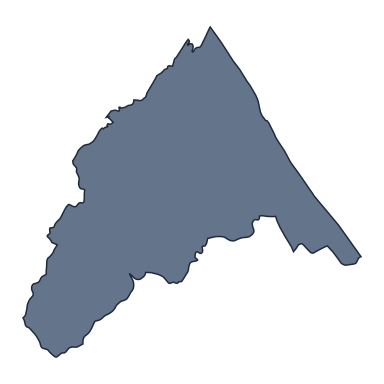 outline of Dong Hoi, Quảng Bình, Vietnam
{"feature_id": "81297802B5400707592531", "entity_name": "Dong Hoi", "entity_type": "district", "adm_level": 2, "iso_a3": "VNM", "parent_name": "Vietnam", "parent_adm1": "Quảng Bình", "projection": "robinson", "projection_center": [106.568, 17.448], "detail": "fine", "context": "isolated", "style": "filled", "palette": "slate", "viewbox_px": 384, "rotation_deg": 0, "n_neighbors": 0, "source": "geoboundaries", "source_scale": "gbopen_adm2", "svg_char_len": 5890}
<svg xmlns="http://www.w3.org/2000/svg" viewBox="0 0 384 384"><path d="M23.0,317.8L24.2,320.3L24.7,322.0L25.2,324.4L25.7,325.8L26.5,326.7L28.3,327.4L29.7,328.4L35.2,334.5L37.5,337.9L38.5,339.7L39.5,341.7L40.2,343.5L40.5,345.0L40.9,346.2L41.5,347.3L42.5,348.1L43.5,348.5L46.7,349.3L48.0,350.1L50.3,352.8L53.1,355.3L54.7,356.6L55.6,357.0L56.5,357.0L57.6,356.4L59.7,354.6L61.3,353.3L62.3,352.8L63.1,353.0L64.2,352.9L65.9,351.9L67.9,349.3L69.4,347.8L71.2,347.2L72.8,347.0L76.9,347.1L78.7,346.2L82.9,344.0L82.9,341.9L83.0,339.9L83.7,337.8L84.7,336.2L85.8,335.5L88.3,333.3L89.9,331.3L91.4,328.7L92.7,325.9L93.6,323.8L94.3,322.4L95.1,321.2L99.6,320.0L101.7,318.6L104.3,316.2L105.6,315.3L108.6,313.9L111.6,311.9L113.1,310.6L115.0,308.1L116.0,306.1L116.6,305.1L119.5,302.5L121.2,301.2L123.5,300.6L125.6,299.7L127.1,298.6L129.0,295.6L130.6,292.5L131.9,291.0L133.1,288.9L133.7,286.5L133.7,283.7L133.3,281.6L132.1,278.9L129.2,273.4L132.0,275.8L134.6,278.4L136.0,279.1L137.2,279.4L138.7,279.5L140.3,279.1L141.8,278.1L143.4,276.8L144.5,275.7L145.0,274.6L145.5,273.1L145.6,272.5L146.2,272.4L151.7,272.7L153.0,273.1L155.5,273.7L158.5,274.5L161.2,275.7L163.4,277.0L166.2,280.2L167.5,281.8L168.5,282.9L169.0,283.3L169.6,283.4L170.5,283.2L173.2,282.2L173.8,282.2L174.9,282.8L175.9,283.1L177.4,283.2L177.9,282.9L179.0,281.7L180.5,281.7L181.5,281.5L182.0,281.1L183.2,279.1L184.6,277.0L185.0,276.2L185.7,275.2L186.4,274.0L187.0,273.2L187.3,272.7L188.2,270.7L188.5,269.2L188.6,268.0L188.9,266.4L189.4,264.5L189.9,263.4L190.5,262.7L191.4,262.0L192.6,261.6L194.3,261.3L195.7,261.1L196.9,260.6L197.6,260.2L197.5,259.6L196.6,258.8L195.2,257.7L195.0,257.1L195.1,255.2L195.4,253.5L195.9,252.4L196.5,251.8L197.2,251.8L197.7,252.0L198.7,252.6L199.9,253.3L201.0,253.4L201.3,253.3L201.7,252.8L202.2,252.3L202.5,251.7L202.7,250.5L202.2,247.4L202.2,246.9L202.3,246.5L202.6,246.2L203.5,246.2L204.7,246.0L205.3,245.6L205.9,244.7L206.4,243.8L206.8,242.6L207.4,239.7L207.7,238.5L212.4,237.3L215.8,236.6L218.8,236.5L221.6,236.6L223.5,236.9L225.4,237.7L227.3,239.0L229.5,240.2L231.2,240.7L232.9,240.9L234.2,240.8L235.5,240.3L239.7,238.4L242.3,237.7L246.5,237.3L249.3,236.7L251.6,235.0L253.0,233.5L253.6,232.5L253.9,231.3L253.9,230.3L253.5,228.9L252.7,226.7L252.4,225.0L252.3,223.2L252.7,222.0L253.3,220.9L254.2,220.0L255.1,219.6L255.9,219.6L257.8,220.0L258.3,219.8L258.9,219.3L259.3,218.5L259.4,217.4L259.5,216.0L262.1,215.7L266.7,216.3L269.3,216.5L272.6,216.6L275.7,216.4L277.0,220.8L279.8,227.0L284.9,236.1L291.4,246.8L293.5,251.7L296.2,248.4L298.0,245.5L299.0,244.5L300.1,244.0L301.6,243.8L302.3,243.9L303.9,245.4L308.2,250.1L310.4,252.3L311.6,252.9L312.6,253.1L313.5,253.0L316.7,251.1L323.6,247.5L327.3,245.9L333.1,252.2L337.5,258.0L341.0,263.0L342.2,263.9L343.8,264.8L345.7,265.2L353.9,264.0L355.6,263.4L356.4,262.5L358.0,259.3L358.7,258.1L360.0,257.1L361.0,256.7L338.5,225.1L313.8,195.6L313.2,194.4L311.1,191.4L309.3,188.9L307.4,186.0L305.1,182.7L302.3,178.6L300.4,175.9L298.5,173.2L291.0,162.9L290.1,161.4L288.1,157.6L284.3,150.6L279.4,143.3L276.8,139.3L275.7,137.3L274.0,133.3L272.1,129.6L268.8,123.0L267.4,121.1L266.8,120.6L266.3,120.6L265.7,120.6L261.8,115.4L260.3,111.6L258.9,104.9L258.2,101.4L257.5,99.3L255.7,95.2L249.9,85.2L247.1,81.5L239.9,69.8L233.2,61.0L222.2,43.9L219.9,40.5L210.2,27.0L209.4,28.4L204.6,38.7L202.6,42.7L202.3,43.5L201.5,44.8L201.4,45.1L201.0,46.0L199.9,47.1L198.9,47.4L197.7,47.4L196.0,48.0L194.9,48.9L193.9,50.8L193.2,51.7L192.8,52.0L192.3,51.8L192.1,51.4L192.2,50.6L192.7,49.3L193.2,46.8L193.0,45.8L192.4,44.2L191.7,43.9L190.6,43.7L189.7,43.7L189.2,44.1L188.5,45.1L187.7,45.2L187.4,44.6L187.7,44.0L189.1,42.4L189.4,41.6L189.3,41.0L189.0,40.4L188.2,39.4L187.2,40.6L185.2,43.4L182.2,48.3L176.6,56.9L174.7,58.9L174.1,60.3L174.0,61.0L172.5,66.3L170.4,65.9L168.9,65.8L168.1,66.1L167.7,66.6L167.4,68.3L166.8,68.7L165.6,69.1L164.6,69.5L162.4,71.9L161.1,73.1L156.9,75.6L156.3,76.9L153.7,81.6L146.9,93.1L146.3,95.4L145.6,97.1L144.1,98.2L142.4,99.8L141.0,100.5L139.5,100.6L137.6,100.2L135.8,100.1L133.9,99.9L133.5,102.7L132.2,104.5L130.5,105.2L129.1,105.3L128.4,105.5L127.4,105.9L126.6,106.5L124.7,107.4L120.4,108.2L120.0,107.1L119.0,107.3L119.0,108.3L119.3,109.3L119.4,110.5L119.0,111.1L117.5,111.0L116.4,110.4L114.7,110.2L111.1,111.0L106.2,117.4L109.0,116.8L108.8,118.1L109.6,118.6L113.1,122.3L112.3,123.1L111.5,123.6L110.7,124.1L110.3,124.2L109.3,124.2L108.3,123.7L107.8,123.8L107.4,124.4L107.0,125.6L107.6,126.1L107.6,126.6L107.4,127.0L106.8,127.1L105.8,127.2L105.0,127.4L103.4,128.8L102.6,128.6L102.2,128.1L100.9,129.2L100.0,130.1L98.7,132.2L96.8,136.0L94.2,140.1L92.5,141.9L89.0,144.2L87.4,144.5L84.8,145.1L83.9,145.5L82.8,146.2L80.9,147.9L78.4,150.4L76.3,155.1L73.7,159.5L72.8,160.7L72.8,161.2L73.0,163.0L73.3,164.1L76.7,168.2L76.4,171.9L78.2,175.6L79.2,178.3L79.2,179.4L78.7,182.1L78.6,183.8L78.8,185.3L79.4,186.9L79.7,187.6L80.1,188.0L80.6,188.5L81.4,188.9L82.6,189.0L84.3,189.5L84.6,189.7L84.6,190.6L84.3,193.8L84.3,196.5L84.1,200.9L83.8,201.9L83.3,202.5L82.9,202.8L81.7,202.9L80.4,202.6L79.5,202.8L78.5,203.5L77.3,205.0L76.1,206.5L75.4,206.7L74.4,206.7L73.5,206.6L71.8,205.8L69.7,204.6L68.9,204.5L68.3,204.7L67.3,205.7L66.2,207.1L64.2,210.6L61.3,216.4L60.1,218.6L57.7,220.9L55.8,223.1L54.9,224.4L54.6,225.6L54.1,226.6L53.6,227.3L52.9,227.6L51.7,227.8L50.7,227.8L50.0,228.0L49.7,228.3L49.7,229.3L49.7,230.8L50.1,232.6L49.8,233.3L49.0,234.3L47.6,235.2L47.3,235.6L47.3,236.4L47.7,237.0L48.8,238.0L50.0,239.2L51.3,241.3L52.0,242.6L54.7,243.7L57.3,244.8L54.1,249.9L53.1,252.5L52.0,254.1L49.8,256.6L48.0,258.1L47.2,259.4L46.8,261.7L46.5,268.5L46.2,270.5L46.2,274.2L45.9,274.7L44.3,275.3L42.5,276.4L41.3,277.4L39.4,281.2L38.1,282.5L36.0,283.2L33.5,283.9L32.5,284.9L31.7,286.7L31.6,288.4L31.8,289.9L32.6,291.7L33.2,293.4L33.2,294.7L32.6,296.1L30.2,298.7L28.7,301.3L27.3,304.9L27.0,307.9L26.3,311.5L25.6,314.5L25.2,315.6L24.2,316.8L23.0,317.8Z" fill="#64748b" stroke="#1e293b" stroke-width="1.5"/></svg>